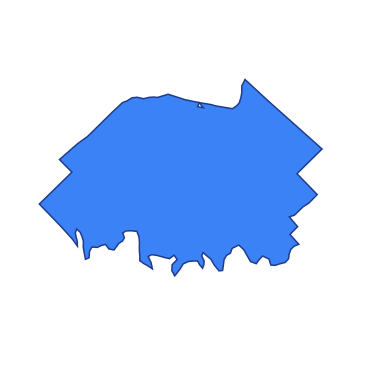 the district of São Paulo das Missões, Rio Grande do Sul, Brazil, rotated 136°
{"feature_id": "56859067B46087315039211", "entity_name": "São Paulo das Missões", "entity_type": "district", "adm_level": 2, "iso_a3": "BRA", "parent_name": "Brazil", "parent_adm1": "Rio Grande do Sul", "projection": "equal_earth", "projection_center": [-54.951, -27.981], "detail": "fine", "context": "isolated", "style": "filled", "palette": "blue", "viewbox_px": 384, "rotation_deg": 136, "n_neighbors": 0, "source": "geoboundaries", "source_scale": "gbopen_adm2", "svg_char_len": 1719}
<svg xmlns="http://www.w3.org/2000/svg" viewBox="0 0 384 384"><g transform="rotate(136 192 192)"><path d="M227.3,116.4L224.5,114.3L221.1,116.9L216.0,121.0L211.2,122.4L206.9,121.3L202.3,123.6L195.2,121.3L194.8,114.6L196.6,107.8L198.2,101.3L195.6,95.8L190.3,96.8L185.6,96.8L183.2,90.4L186.0,84.6L182.9,81.3L179.4,79.7L173.9,76.6L168.9,76.9L165.2,79.9L160.7,82.1L156.3,82.1L151.5,80.2L151.0,93.4L140.1,93.7L139.3,106.5L134.5,104.2L122.3,104.2L115.5,102.8L103.7,103.2L103.8,132.2L91.7,132.4L68.6,132.6L69.5,145.2L73.8,202.6L75.7,236.1L82.5,233.7L87.3,228.8L91.0,226.1L96.1,223.3L99.9,223.0L105.0,223.8L114.8,237.0L117.8,242.0L124.8,251.4L132.9,263.3L141.3,278.9L151.0,283.9L153.7,287.0L156.9,289.7L162.0,292.7L165.7,298.3L169.8,301.5L175.5,302.7L179.9,304.6L194.2,304.8L228.7,304.5L240.4,306.2L264.8,307.4L264.6,289.7L310.2,289.4L310.2,258.3L310.8,240.8L312.0,232.7L308.8,236.3L306.6,240.0L304.4,243.6L300.6,245.5L300.4,240.5L302.4,235.6L304.4,232.0L308.5,227.9L312.0,222.8L315.4,217.6L311.7,216.2L307.1,220.4L302.3,222.0L298.4,217.8L294.5,216.6L290.6,214.3L291.4,208.8L288.4,204.5L284.0,205.2L280.3,205.9L276.0,205.0L272.4,206.1L270.3,210.6L266.6,209.9L262.7,206.4L259.0,201.9L261.3,196.7L264.7,192.4L268.5,188.6L271.8,185.0L274.4,181.7L277.3,178.9L276.5,174.3L275.0,169.6L273.9,164.2L270.5,169.6L268.3,176.1L264.5,174.9L260.9,170.2L257.4,164.2L254.5,159.7L248.8,159.0L249.6,153.7L256.8,153.5L261.1,149.5L262.7,143.7L258.4,144.2L253.6,145.0L248.3,146.4L242.9,144.5L238.7,141.2L236.0,138.5L237.1,134.1L237.3,129.8L233.7,131.6L231.1,134.1L229.4,139.3L226.1,140.7L225.7,136.0L225.1,130.7L226.7,124.0L227.3,116.4ZM124.8,251.4L125.3,244.8L128.7,249.4L124.8,251.4Z" fill="#3b82f6" stroke="#1e3a8a" stroke-width="1.5"/></g></svg>